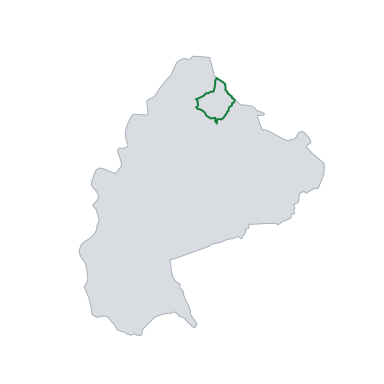 where Séno sits in Burkina Faso, rotated 341°
{"feature_id": "BFA-2876", "entity_name": "Séno", "entity_type": "Province", "adm_level": 1, "iso_a3": "BFA", "parent_name": "Burkina Faso", "parent_adm1": "", "projection": "equal_earth", "projection_center": [0.057, 13.966], "detail": "fine", "context": "in_parent", "style": "outline", "palette": "green", "viewbox_px": 384, "rotation_deg": 341, "n_neighbors": 0, "source": "natural_earth", "source_scale": "10m", "svg_char_len": 4523}
<svg xmlns="http://www.w3.org/2000/svg" viewBox="0 0 384 384"><g transform="rotate(341 192 192)"><path d="M275.9,249.1L267.2,249.5L264.0,250.8L262.1,250.8L262.0,249.7L261.8,249.1L250.8,245.6L243.0,243.5L235.2,241.1L234.7,243.3L233.6,244.7L231.9,244.8L230.7,244.5L230.0,246.2L228.7,248.4L226.8,249.5L225.1,250.9L224.1,252.1L223.3,252.1L221.5,249.3L219.2,249.0L214.7,249.4L212.7,248.7L210.0,248.3L203.5,248.9L193.2,247.7L191.5,248.3L191.0,248.9L180.8,249.0L169.6,249.1L160.2,249.3L151.9,249.4L151.9,248.9L149.3,248.8L149.0,249.8L146.6,261.2L146.3,267.4L147.6,271.2L148.9,273.7L150.5,274.7L150.7,276.1L149.4,277.9L149.5,279.7L151.0,281.6L151.3,283.6L150.6,285.7L150.7,290.7L151.8,298.6L151.8,303.8L150.8,306.1L151.3,310.1L153.3,315.8L153.6,318.2L152.9,319.3L151.2,320.8L149.5,320.8L147.5,317.3L146.6,315.8L145.0,312.3L143.7,308.8L141.9,307.3L140.0,305.8L137.9,301.4L135.7,299.3L133.5,299.9L130.2,299.0L123.6,297.9L116.4,298.3L113.5,299.3L110.6,300.9L103.1,304.5L100.2,306.2L98.0,310.7L95.5,310.6L92.9,309.2L91.4,307.1L88.0,307.6L84.7,305.6L81.6,301.8L79.3,300.5L76.3,297.7L75.6,292.4L73.7,288.6L72.0,283.4L69.5,281.1L66.5,279.9L62.4,280.1L59.8,278.0L57.7,275.0L58.2,272.4L59.2,268.6L59.4,265.0L60.0,259.2L59.7,251.9L59.0,246.8L61.2,244.7L63.9,242.8L65.5,239.3L67.2,231.6L68.0,224.9L67.5,222.4L66.6,220.4L66.0,217.5L65.6,214.0L66.1,210.9L68.1,208.1L70.5,205.7L72.3,204.6L76.9,203.4L82.8,201.6L86.1,199.6L88.6,197.6L89.9,196.0L91.3,192.8L93.6,190.2L95.3,187.7L95.6,180.6L95.6,176.6L94.4,174.4L93.7,172.5L102.3,166.9L102.4,163.0L101.2,158.7L99.6,155.1L99.0,152.1L101.3,148.6L103.5,145.9L105.0,143.6L108.4,140.1L111.9,139.2L115.1,140.5L124.4,148.7L126.1,149.2L128.0,148.6L130.5,146.4L133.7,144.8L134.9,139.3L134.9,131.3L135.6,127.6L137.3,126.9L142.7,128.5L144.1,128.6L145.7,128.0L146.8,126.6L146.8,124.0L146.5,121.7L148.3,114.3L151.6,108.7L158.1,101.7L160.1,100.3L162.4,99.6L174.0,104.4L175.9,103.2L178.8,91.3L182.0,90.2L185.7,90.0L188.2,89.0L189.5,88.2L195.0,83.6L204.7,77.5L210.0,74.9L211.0,73.9L214.8,69.5L219.7,64.5L222.9,63.5L227.3,63.2L230.1,64.0L230.8,65.4L231.7,66.1L237.4,64.0L245.6,67.4L252.7,70.7L252.2,72.8L252.2,76.5L251.6,82.4L250.9,89.5L253.8,94.1L257.3,99.0L258.3,100.9L257.3,105.8L258.0,108.6L259.8,113.3L263.0,119.3L266.2,125.5L268.5,126.4L270.6,126.9L271.9,128.0L273.8,129.0L275.7,129.7L277.3,131.1L278.4,132.4L279.8,136.2L283.4,138.8L286.0,141.3L284.9,142.5L281.8,142.0L278.8,140.9L278.4,142.8L278.3,149.8L278.8,155.6L279.4,156.4L282.5,157.5L289.6,165.1L296.1,172.3L298.3,174.1L301.9,174.8L305.9,175.1L307.7,174.5L311.6,170.9L313.6,170.5L315.5,170.6L316.6,171.1L318.5,174.1L320.2,178.6L320.7,181.8L320.6,183.6L320.0,184.3L316.8,185.1L315.4,185.8L315.1,186.8L315.6,189.0L316.2,190.4L319.7,196.9L324.8,205.6L326.3,207.8L325.5,210.4L322.9,217.2L321.0,220.0L312.5,229.6L308.4,228.5L299.6,230.4L298.3,228.2L296.3,227.9L293.7,228.3L292.8,229.2L292.6,230.1L291.7,231.4L290.0,235.3L288.8,236.2L287.2,236.8L285.3,236.7L284.2,237.2L284.2,239.1L283.9,240.8L282.6,241.6L282.1,243.4L282.2,245.3L281.4,246.1L279.8,245.6L278.8,245.1L277.9,247.5L276.7,249.1L275.9,249.1Z" fill="#d9dde1" stroke="#a8b0b8" stroke-width="1"/><path d="M252.2,92.3L257.0,98.1L258.5,100.6L258.6,100.9L258.5,101.3L258.2,101.8L258.1,102.2L257.9,103.6L257.8,104.2L257.0,105.8L256.8,106.4L257.0,106.9L257.4,107.7L257.6,108.0L257.8,108.2L258.0,108.5L258.1,108.9L258.1,109.2L257.8,109.9L257.8,110.3L258.1,110.8L258.6,111.0L258.9,111.4L259.0,112.2L259.3,113.0L259.8,113.5L260.4,113.9L260.8,114.5L260.8,114.9L260.5,115.7L260.5,116.2L260.7,116.5L261.4,117.1L261.7,117.5L262.0,118.3L262.2,118.8L262.0,119.4L261.7,119.8L261.2,120.6L260.4,121.1L258.9,121.1L258.5,121.9L258.1,122.9L257.5,123.4L255.9,123.5L254.4,124.3L253.9,125.1L253.7,125.8L253.5,126.4L252.8,127.1L252.0,127.3L251.4,127.7L251.0,128.3L250.5,128.9L249.7,129.4L249.3,129.6L249.0,129.8L248.4,130.2L247.4,131.2L245.8,132.0L244.9,132.6L243.4,132.9L242.2,132.2L240.7,131.6L239.5,131.5L239.0,132.6L238.3,134.2L237.7,134.9L237.1,133.3L237.2,132.0L237.8,130.8L237.9,129.5L236.5,129.0L234.3,128.8L232.9,127.9L232.0,126.4L231.1,125.4L230.3,123.9L230.1,121.8L229.6,120.3L227.7,117.6L226.7,116.6L225.4,115.8L224.8,115.6L224.6,115.3L224.1,114.6L223.8,113.8L223.7,113.4L224.1,113.4L225.2,112.8L226.1,111.7L226.5,109.9L226.8,107.9L226.5,106.3L226.2,105.6L228.4,105.6L234.6,104.8L237.0,103.3L238.3,103.5L239.6,103.9L241.2,103.5L242.9,103.5L244.3,104.0L245.3,103.7L247.7,100.1L248.3,98.6L249.1,97.5L250.2,94.0L250.8,93.9L251.4,93.5L252.2,92.3L252.2,92.3Z" fill="none" stroke="#15803d" stroke-width="2"/></g></svg>